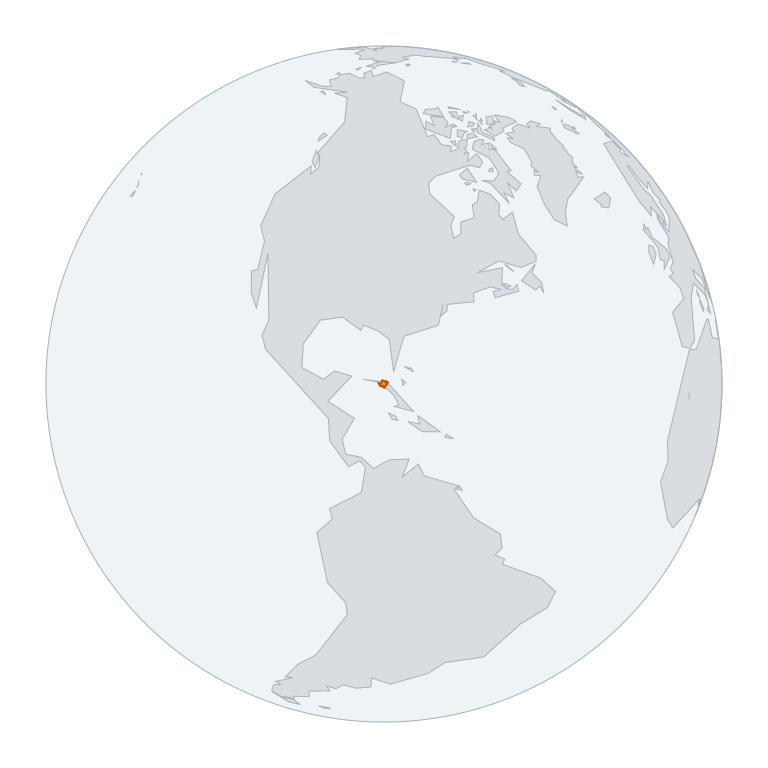 globe centered on Matanzas, rotated 24°
{"feature_id": "CUB-1430", "entity_name": "Matanzas", "entity_type": "Province", "adm_level": 1, "iso_a3": "CUB", "parent_name": "Cuba", "parent_adm1": "", "projection": "orthographic", "projection_center": [-81.101, 22.655], "detail": "fine", "context": "on_globe", "style": "filled", "palette": "amber", "viewbox_px": 768, "rotation_deg": 24, "n_neighbors": 0, "source": "natural_earth", "source_scale": "10m", "svg_char_len": 11856}
<svg xmlns="http://www.w3.org/2000/svg" viewBox="0 0 768 768"><g transform="rotate(24 384 384)"><circle cx="384" cy="384" r="338" fill="#eef3f6" stroke="#a8b0b8"/><path d="M401.0,467.5L393.0,464.1L385.3,473.9L357.5,458.0L347.4,438.2L261.7,400.4L252.8,389.0L252.7,372.1L224.8,311.7L236.6,366.5L225.6,354.7L216.9,334.5L222.1,330.7L216.7,302.0L207.0,289.5L207.3,254.5L228.7,214.4L231.6,222.0L236.4,212.4L233.0,202.8L229.6,199.0L241.5,160.6L233.8,137.3L220.6,138.4L231.9,132.4L199.6,141.4L188.5,138.8L207.7,136.9L214.8,133.2L210.5,128.4L216.9,123.7L218.5,119.0L226.4,114.2L237.0,114.6L242.4,111.8L239.1,108.7L245.0,102.6L249.0,107.5L259.7,97.8L279.4,98.9L283.9,119.7L301.4,119.7L323.4,140.4L328.0,135.7L339.3,142.0L348.8,139.3L350.2,144.8L356.6,138.0L353.5,133.5L355.3,129.3L360.6,127.6L363.3,134.0L361.0,135.8L364.6,136.9L363.6,141.0L367.1,138.0L369.7,146.7L375.0,135.8L383.7,140.9L383.3,147.3L373.1,149.5L346.6,173.2L343.1,182.1L348.3,191.6L380.1,202.5L380.4,211.9L388.4,222.5L393.0,215.4L388.3,204.8L398.8,195.4L391.9,184.6L395.1,179.6L392.2,168.2L403.8,167.3L416.6,172.8L419.7,182.5L425.4,185.6L431.5,174.8L445.9,192.5L470.5,204.4L473.0,209.9L461.7,221.9L438.9,224.9L424.1,244.3L445.0,229.5L450.9,245.0L456.6,247.1L462.8,245.5L465.0,239.0L469.4,244.3L450.4,260.0L446.2,255.3L452.2,250.1L441.5,252.1L428.8,264.4L432.8,272.3L409.3,285.6L411.9,291.7L408.2,298.6L405.7,287.7L409.7,308.1L382.8,332.4L387.8,368.9L370.7,341.1L357.1,338.0L340.9,338.6L341.4,344.5L319.2,339.7L299.9,351.5L293.9,380.1L302.3,402.5L326.8,404.3L333.7,392.2L351.4,389.9L339.7,422.7L370.9,427.3L368.3,451.5L377.6,463.8L392.9,460.2L408.8,465.5L419.8,451.0L437.6,442.3L438.5,461.6L447.9,443.1L458.2,451.6L493.3,446.8L490.8,451.6L520.5,469.9L551.4,473.8L558.6,485.9L555.0,495.0L565.5,495.1L565.6,500.5L606.0,497.6L625.4,503.9L624.0,522.1L606.1,548.0L586.1,592.8L553.0,613.7L542.0,630.3L511.9,655.6L492.1,657.6L495.3,666.1L482.2,673.3L468.7,675.5L464.3,681.9L454.2,683.2L459.4,686.3L440.5,695.1L442.8,700.1L428.3,706.0L430.3,708.4L425.7,708.7L420.3,710.0L419.0,711.4L406.2,709.8L405.4,703.7L412.0,700.1L406.1,699.7L420.4,689.3L413.0,691.8L419.2,675.2L431.9,659.5L444.3,609.7L438.0,599.5L413.0,588.3L383.1,546.8L391.8,528.4L385.0,519.9L407.4,492.6L401.0,467.5ZM75.8,315.6L78.1,308.1L78.3,314.3L75.8,315.6ZM78.6,302.6L78.0,305.3L78.3,302.8L78.6,302.6ZM78.2,300.2L78.5,301.9L77.8,300.7L78.2,300.2ZM77.2,297.9L77.8,298.8L77.7,299.0L77.2,297.9ZM386.6,381.3L422.2,397.1L402.6,400.3L406.2,396.9L397.1,390.1L380.2,384.1L362.8,388.2L386.6,381.3ZM76.9,292.1L76.9,290.5L77.7,290.6L76.9,292.1ZM401.3,360.7L395.2,359.6L401.1,359.2L401.3,360.7ZM227.1,198.3L232.3,203.2L233.0,214.1L227.9,210.3L227.1,198.3ZM226.6,179.3L230.9,179.7L225.1,188.9L224.5,185.8L226.6,179.3ZM209.7,140.9L212.7,143.4L207.6,142.7L209.7,140.9ZM217.3,119.2L214.4,120.2L216.5,117.5L217.3,119.2ZM386.0,169.7L389.1,169.0L388.0,171.4L386.0,169.7ZM381.9,165.7L378.6,169.0L376.1,167.6L378.2,165.6L381.9,165.7ZM230.5,107.8L234.7,103.6L232.3,107.9L230.5,107.8ZM386.6,162.0L372.2,164.8L367.9,162.5L372.4,153.0L386.6,162.0ZM238.4,101.2L248.4,91.9L242.8,92.9L264.2,85.7L248.6,95.4L246.5,100.3L243.6,99.0L238.4,101.2ZM350.2,132.9L353.7,137.6L345.9,135.5L350.2,132.9ZM344.7,132.7L318.1,134.1L315.5,127.0L325.0,127.6L317.7,120.5L329.6,116.2L336.3,119.3L335.6,124.5L340.6,119.0L344.7,132.7ZM274.4,83.7L278.3,81.9L276.2,84.0L274.4,83.7ZM355.4,127.4L350.2,128.0L347.6,121.8L357.5,119.5L355.2,122.2L355.4,127.4ZM310.0,121.0L309.9,116.4L319.4,111.5L320.7,109.2L329.7,115.6L310.0,121.0ZM358.5,122.8L362.6,118.6L368.6,120.2L360.2,126.5L358.5,122.8ZM342.8,121.3L342.1,118.4L345.7,119.2L342.8,121.3ZM392.4,124.4L386.3,124.6L384.4,121.2L392.4,124.4ZM363.7,117.0L361.6,116.6L360.2,115.5L364.1,113.2L363.7,117.0ZM335.8,112.0L339.8,111.2L332.6,109.1L339.5,105.9L344.3,111.0L345.1,107.5L347.2,106.5L348.7,111.8L335.8,112.0ZM363.8,107.8L372.2,114.0L384.0,113.9L385.9,116.7L366.6,116.4L363.8,107.8ZM354.8,109.6L360.8,109.0L360.2,112.5L355.8,115.0L354.8,109.6ZM342.4,102.2L330.6,105.7L330.0,104.6L342.4,102.2ZM367.3,107.0L365.2,105.6L368.2,106.6L367.3,107.0ZM350.2,102.7L346.1,104.0L345.5,102.6L350.2,102.7ZM364.4,102.0L367.1,103.8L364.1,105.4L364.4,102.0ZM358.0,101.7L358.1,99.6L361.5,104.9L356.2,102.5L358.0,101.7ZM350.3,101.2L348.6,100.8L352.1,100.9L350.3,101.2ZM373.9,95.2L378.9,101.5L372.4,104.9L368.5,98.2L373.9,95.2ZM426.8,713.0L406.9,710.6L418.4,711.7L428.3,709.0L438.0,710.8L426.8,713.0ZM455.1,704.8L465.4,702.2L467.3,702.5L460.6,704.5L455.1,704.8ZM639.3,162.6L633.1,156.0L622.1,144.2L639.3,162.6ZM602.5,126.3L601.8,125.7L597.5,122.1L599.6,124.2L619.6,142.2L623.6,145.8L634.5,158.9L642.2,166.6L648.3,174.3L637.6,164.4L631.9,158.5L619.2,154.0L626.2,161.0L638.6,166.3L638.7,168.0L648.2,179.2L641.0,172.0L625.6,166.0L629.6,180.6L650.0,217.7L649.1,226.9L641.4,228.7L618.6,201.1L623.1,184.0L615.0,175.5L600.9,169.8L603.5,165.6L598.3,161.7L598.8,155.6L586.4,140.4L584.9,134.3L567.5,122.6L564.3,118.3L575.5,126.1L582.5,129.0L577.1,116.2L572.4,112.0L561.6,105.9L561.5,103.8L551.6,99.5L542.4,91.4L545.4,98.3L532.7,92.8L520.4,85.6L516.7,85.4L536.8,97.5L544.4,101.4L550.0,102.6L571.1,116.3L575.6,122.2L555.6,113.7L559.8,121.7L542.4,112.9L498.7,83.3L486.9,75.0L493.7,69.4L503.6,73.1L506.2,76.5L515.4,77.0L509.1,75.1L509.0,73.9L496.9,69.6L496.2,68.6L485.7,66.7L483.5,65.1L490.3,66.3L470.5,60.1L462.6,56.8L458.5,56.0L456.2,56.1L447.8,52.8L445.1,52.4L446.8,53.2L442.5,53.3L431.7,52.5L429.4,51.4L433.0,51.5L437.0,50.7L446.9,52.1L444.9,51.7L435.7,50.3L430.8,51.1L424.9,51.0L425.8,50.0L425.1,50.4L421.4,50.0L415.6,48.9L414.0,50.0L377.2,51.7L362.3,50.9L367.2,49.1L339.0,52.4L324.4,53.4L326.1,53.8L313.7,57.1L318.0,56.7L317.9,57.3L288.0,68.1L279.2,70.6L268.1,77.8L269.0,78.4L274.9,76.8L264.2,85.7L242.8,92.9L242.0,91.2L229.2,97.7L229.2,93.3L223.3,93.5L230.7,86.3L225.4,87.9L220.9,90.4L210.3,95.2L204.5,97.7L207.9,95.6L228.7,84.3L242.2,82.5L238.3,81.7L245.0,78.8L247.2,77.0L244.0,77.3L240.1,79.1L260.1,69.6L283.0,61.5L306.4,55.1L330.3,50.4L354.4,47.4L378.6,46.1L402.9,46.6L427.1,48.8L451.1,52.8L474.7,58.5L497.9,65.8L520.4,74.8L542.3,85.4L563.3,97.6L583.4,111.2L602.5,126.3ZM721.9,378.1L721.4,365.2L720.7,359.0L720.5,367.6L718.8,360.3L717.9,364.0L706.4,398.0L698.0,392.2L676.4,360.9L675.0,339.4L666.1,320.5L649.1,228.8L655.1,224.8L652.6,193.7L654.0,192.8L664.8,207.9L671.3,206.9L661.0,190.9L659.9,188.8L673.7,210.0L685.9,232.1L696.4,255.1L705.1,278.8L712.1,303.1L717.2,327.9L720.5,352.9L721.9,378.1ZM666.2,268.0L669.3,274.0L666.2,268.0ZM494.4,446.4L498.7,449.5L493.1,450.4L494.4,446.4ZM400.1,408.6L407.5,408.7L411.5,411.6L405.9,412.9L400.1,408.6ZM461.5,404.7L469.8,405.6L461.3,408.1L461.5,404.7ZM427.7,399.0L454.9,404.8L438.3,412.0L421.1,408.6L432.8,406.1L427.7,399.0ZM398.4,372.5L403.1,373.8L401.9,377.6L398.4,372.5ZM405.6,360.5L403.8,360.9L401.4,358.0L405.6,360.5ZM452.0,244.1L453.6,243.0L460.2,242.8L457.5,245.7L452.0,244.1ZM486.7,227.0L493.0,236.1L486.7,231.2L484.2,236.5L467.7,233.7L473.4,212.6L473.8,222.3L486.7,227.0ZM447.3,225.4L457.1,228.7L446.2,226.0L447.3,225.4ZM569.3,149.2L573.7,148.9L579.8,154.6L581.6,164.9L572.8,156.5L569.3,149.2ZM578.5,147.5L558.1,137.6L556.1,131.7L560.7,136.5L561.4,133.6L568.9,140.7L587.0,145.7L593.5,151.2L593.4,165.7L589.9,157.5L585.8,157.9L578.5,147.5ZM509.6,131.5L500.7,129.4L507.9,118.8L515.3,122.0L517.7,131.8L510.3,133.8L509.6,131.5ZM397.3,145.7L393.4,147.3L392.7,145.2L395.3,142.2L397.3,145.7ZM389.7,124.7L413.3,137.4L410.1,139.6L427.8,145.5L426.2,153.9L414.8,149.6L426.8,161.1L415.9,160.6L425.0,168.0L399.8,157.4L390.4,158.2L401.5,154.0L403.2,146.1L401.1,142.9L388.3,134.8L369.1,133.5L367.7,126.2L371.8,121.5L376.2,120.7L375.7,125.5L382.0,121.0L384.6,127.4L389.7,124.7ZM421.1,82.8L418.7,86.6L431.7,82.8L434.4,87.5L435.8,86.8L441.9,90.3L451.6,93.6L451.3,95.9L455.2,96.3L459.3,99.0L464.6,100.5L465.9,105.4L472.4,107.7L469.3,108.8L480.3,111.7L472.7,111.8L477.3,116.0L482.2,113.7L476.6,140.9L480.1,153.8L487.1,165.0L473.2,164.9L457.8,154.9L443.7,141.5L442.4,129.7L436.4,132.3L434.0,127.6L439.7,127.5L429.4,125.1L428.9,121.3L416.4,112.1L401.8,111.9L396.8,109.0L402.3,107.3L393.5,105.6L400.5,100.6L397.1,98.5L400.6,92.0L413.2,90.6L408.5,88.5L410.9,84.1L421.1,82.8ZM375.3,93.3L389.7,89.5L398.3,90.5L388.6,101.6L390.7,104.1L384.8,112.3L372.5,110.9L375.3,108.6L375.2,106.2L379.1,107.5L375.9,104.6L379.6,101.5L378.2,98.6L383.3,98.0L375.3,93.3ZM649.3,184.9L649.2,183.2L647.7,179.2L653.6,186.7L649.3,184.9ZM639.2,180.9L638.2,178.0L645.9,185.6L646.0,187.9L639.2,180.9ZM631.1,170.5L637.6,177.3L634.1,174.9L631.1,170.5ZM573.9,123.6L572.1,120.7L574.4,121.8L578.5,125.0L573.9,123.6ZM460.3,76.1L457.6,77.3L455.4,76.5L444.7,76.6L441.8,73.7L447.2,72.5L460.3,76.1ZM648.6,173.8L650.9,177.1L649.3,175.0L648.4,173.6L648.6,173.8ZM455.4,73.0L451.3,73.2L452.4,71.7L455.4,73.0ZM439.1,71.7L439.3,69.7L440.2,73.4L439.1,71.7ZM425.1,54.5L443.3,57.0L454.4,58.2L457.7,57.4L460.9,60.2L443.6,58.3L425.1,54.5ZM383.3,51.8L380.5,53.5L376.5,52.9L376.6,52.4L383.3,51.8ZM385.3,52.8L391.6,54.9L386.7,56.0L382.7,54.0L385.3,52.8ZM424.2,62.0L429.8,62.8L428.7,63.9L424.2,62.0ZM276.3,81.5L278.2,81.9L274.4,82.8L276.3,81.5ZM320.6,57.1L319.7,58.1L315.3,58.7L320.6,57.1ZM315.0,61.4L320.5,59.9L315.6,62.0L315.0,61.4ZM332.8,56.8L323.2,59.5L331.0,56.3L332.8,56.8Z" fill="#d9dde1" stroke="#a8b0b8" stroke-width="1"/><path d="M380.8,381.0L381.0,381.0L381.3,381.0L381.5,381.1L381.7,381.3L381.6,381.5L381.8,381.6L381.9,381.4L382.0,381.4L382.5,381.3L382.5,381.2L383.0,381.1L383.3,381.0L383.4,380.9L383.7,380.7L383.8,380.8L383.6,380.9L383.4,380.9L383.1,381.1L383.2,381.3L383.5,381.7L383.7,381.8L383.8,381.8L383.9,381.7L384.0,381.6L384.1,381.4L384.3,381.3L384.6,381.4L384.6,381.5L384.8,381.6L385.0,381.6L385.9,381.4L386.0,381.4L386.4,381.4L386.5,381.4L386.6,381.2L386.8,381.1L386.7,381.1L386.6,381.4L386.8,381.5L386.7,381.6L386.6,381.9L386.6,382.0L386.4,382.1L386.2,382.1L386.0,382.3L386.0,382.5L385.9,382.6L386.0,382.7L386.0,382.8L386.1,383.0L386.4,383.2L386.5,383.1L386.8,383.0L386.9,383.3L387.0,383.4L387.0,383.5L386.9,383.6L387.0,383.8L386.9,384.1L387.0,384.3L387.1,384.5L387.0,384.8L386.9,385.0L386.6,385.1L386.0,385.1L385.9,385.1L385.5,385.0L385.4,385.0L385.2,385.2L385.0,385.3L384.9,385.4L385.0,385.4L385.0,385.5L384.9,385.7L384.9,385.8L385.0,385.8L385.0,386.0L384.9,386.2L384.9,386.3L385.0,386.4L385.1,386.5L385.3,386.8L385.5,386.9L385.6,387.0L385.8,387.1L386.0,387.2L386.3,387.2L386.5,387.1L386.7,387.3L386.7,387.5L386.8,387.5L386.5,387.5L385.9,387.5L385.1,387.6L384.6,387.5L384.3,387.4L384.1,387.4L383.9,387.2L383.8,386.9L383.8,386.5L383.6,386.3L383.6,386.2L383.4,386.2L383.4,386.3L383.5,386.6L383.5,387.3L383.4,387.5L383.4,387.4L383.4,387.2L383.2,387.0L383.0,387.3L382.9,387.3L382.9,387.2L382.8,387.3L382.7,387.3L382.5,387.2L382.4,386.9L382.2,386.8L381.9,386.8L381.9,386.7L381.7,386.6L381.5,386.8L381.4,386.8L381.4,386.7L381.2,386.6L380.9,386.7L380.7,386.7L380.4,386.7L380.4,386.8L380.1,386.8L380.1,386.7L379.9,386.6L379.8,386.4L379.0,386.0L378.9,386.0L378.8,385.9L378.7,385.8L378.5,385.7L378.4,385.7L378.2,385.5L378.2,385.4L378.3,385.4L378.5,385.3L379.1,385.3L379.3,385.3L379.6,385.3L379.8,385.3L380.0,385.3L380.5,385.2L380.8,385.1L381.0,385.0L381.0,384.9L381.0,384.7L381.0,384.4L381.2,384.2L381.3,384.1L381.3,383.8L381.3,383.7L381.2,383.6L381.0,383.4L381.0,383.2L380.9,383.1L380.8,382.8L380.8,382.6L380.9,382.4L380.7,382.2L380.6,381.9L380.8,381.8L380.8,381.7L380.7,381.7L380.8,381.5L380.8,381.2L380.8,381.0ZM385.5,380.9L385.6,381.0L385.4,381.2L385.1,381.1L384.7,381.3L384.8,381.2L385.1,381.0L385.3,381.0L385.3,380.9L385.5,381.0L385.5,380.9ZM387.3,380.8L387.3,381.0L387.2,381.0L387.1,380.9L386.9,380.9L386.9,380.7L387.0,380.7L387.0,380.8L387.3,380.8ZM385.8,380.7L386.1,380.8L385.8,380.8L385.7,380.8L385.4,380.7L385.6,380.7L385.8,380.7ZM385.2,380.5L384.9,380.5L384.9,380.4L385.0,380.4L385.2,380.5L385.2,380.5ZM381.5,387.5L381.4,387.6L381.3,387.4L381.5,387.5ZM386.3,380.7L386.4,380.8L386.2,380.9L386.3,380.7L386.3,380.7Z" fill="#f59e0b" stroke="#b45309" stroke-width="1.5"/></g></svg>